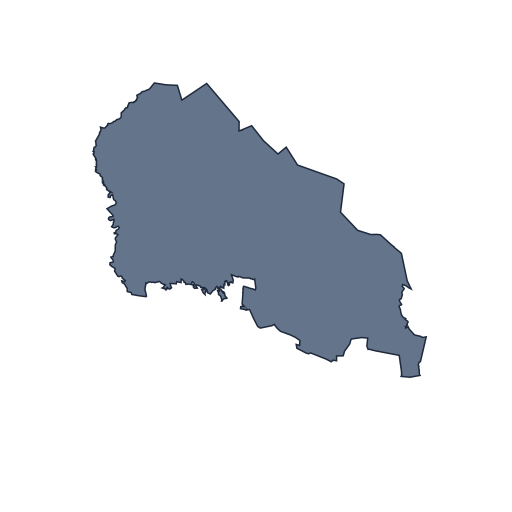 the district of Pinal de Amoles, Querétaro, Mexico, rotated 132°
{"feature_id": "50627088B68767100251382", "entity_name": "Pinal de Amoles", "entity_type": "district", "adm_level": 2, "iso_a3": "MEX", "parent_name": "Mexico", "parent_adm1": "Querétaro", "projection": "equal_earth", "projection_center": [-99.535, 21.167], "detail": "fine", "context": "isolated", "style": "filled", "palette": "slate", "viewbox_px": 512, "rotation_deg": 132, "n_neighbors": 0, "source": "geoboundaries", "source_scale": "gbopen_adm2", "svg_char_len": 6141}
<svg xmlns="http://www.w3.org/2000/svg" viewBox="0 0 512 512"><g transform="rotate(132 256 256)"><path d="M159.0,180.6L163.2,185.0L168.9,197.6L166.9,222.5L143.5,238.8L144.7,247.4L160.6,286.0L154.9,306.4L165.5,307.9L165.3,327.7L162.1,346.4L171.0,350.6L171.6,350.4L172.1,351.1L172.9,350.6L172.5,351.3L174.4,352.3L167.4,358.5L160.8,408.1L189.8,415.4L181.8,428.6L189.0,437.4L195.4,447.3L203.4,446.9L206.3,448.4L208.2,449.0L209.4,450.2L211.0,450.8L212.1,450.5L216.3,452.1L217.2,450.9L217.5,450.0L219.0,449.8L220.2,449.0L220.8,449.5L221.5,449.0L223.0,449.9L223.4,449.5L224.2,449.9L225.1,451.3L227.2,452.8L231.2,451.3L231.7,450.8L232.9,451.8L234.4,451.9L235.5,451.5L239.7,452.0L242.7,449.4L243.4,449.1L245.5,449.3L248.0,450.8L249.9,450.8L250.9,451.6L254.0,452.2L255.9,453.6L256.3,454.5L257.1,454.5L258.3,453.8L259.0,454.0L259.7,453.8L262.0,454.0L263.0,455.0L264.3,457.8L266.1,455.4L269.2,454.8L269.7,454.0L278.2,452.1L278.6,451.1L280.1,449.7L280.5,448.7L282.7,448.4L283.5,449.0L285.0,448.3L285.8,447.5L286.4,447.3L286.7,446.3L287.3,446.8L287.4,445.8L288.4,445.0L288.8,445.3L289.5,444.9L290.0,442.3L290.7,440.8L290.7,439.8L291.0,439.5L291.6,439.8L291.9,439.6L291.8,438.4L292.9,437.7L293.1,437.2L295.0,435.8L295.4,434.8L295.9,434.8L296.7,434.1L297.1,434.8L297.4,433.9L298.9,433.2L298.6,432.4L299.1,432.0L299.7,432.4L300.5,432.0L300.5,430.5L299.5,426.5L300.6,425.5L300.4,422.9L301.0,422.0L301.6,421.8L302.4,421.0L302.2,420.2L302.9,419.1L303.7,419.6L303.7,418.3L304.4,418.6L304.5,416.4L305.2,416.7L305.2,415.8L304.8,414.8L305.5,412.0L306.4,411.7L306.6,411.0L306.3,410.5L306.4,409.1L305.7,408.4L305.4,406.2L306.5,407.2L308.6,406.7L309.2,406.9L311.2,405.3L310.4,403.8L309.9,403.5L308.8,404.3L306.4,403.8L306.6,403.1L308.7,400.6L309.3,399.2L309.1,397.4L309.9,395.5L310.5,395.1L312.7,395.1L315.4,396.7L320.6,398.4L321.5,389.3L322.3,388.7L324.8,390.8L326.0,391.0L327.0,390.7L327.5,389.6L327.1,388.0L326.3,387.3L323.9,386.2L324.7,385.1L326.2,384.6L328.0,383.3L330.2,382.9L330.7,383.1L330.9,382.8L330.4,381.0L329.7,380.0L328.4,379.2L327.3,379.2L326.2,378.2L326.3,376.8L327.9,376.3L330.3,377.0L331.0,376.9L332.4,375.9L333.5,377.0L333.8,376.9L334.2,376.1L332.9,374.6L332.5,373.0L332.7,372.8L335.9,372.7L337.2,372.3L337.6,371.9L338.8,369.0L342.0,367.9L346.6,363.9L351.3,362.4L351.9,361.7L353.9,363.1L354.2,362.5L354.7,359.2L356.1,358.1L358.6,360.0L360.3,358.8L360.3,356.2L359.5,352.3L361.8,351.1L363.5,345.2L362.8,343.8L361.4,343.3L361.0,341.9L362.0,340.5L361.7,336.7L362.9,336.3L364.3,339.2L365.3,337.6L364.9,335.6L364.9,334.2L365.5,333.0L366.3,329.9L368.2,328.4L368.5,327.6L366.6,324.3L367.7,322.6L364.0,316.6L359.8,310.5L359.1,310.5L355.1,316.2L349.8,319.7L349.8,318.9L347.2,318.3L346.3,317.5L345.4,315.9L343.8,314.4L343.6,313.5L343.2,313.0L341.6,312.3L341.1,311.6L339.6,310.9L339.4,310.3L339.6,309.1L339.1,306.2L338.1,304.2L340.5,304.0L340.9,303.7L342.5,304.3L341.3,301.4L341.5,300.2L340.3,300.1L339.5,300.9L338.6,300.8L339.0,299.6L338.7,298.8L338.0,298.6L338.1,298.0L337.8,298.0L337.5,297.6L336.1,297.6L336.1,298.0L335.4,298.8L335.0,299.9L333.8,301.4L330.0,296.6L329.2,297.3L328.1,297.7L325.9,293.9L323.2,296.2L322.8,295.0L323.0,292.4L323.7,291.8L323.0,290.8L324.0,289.2L323.8,288.8L322.1,287.5L320.2,284.5L319.6,285.4L318.2,286.1L318.1,285.6L317.7,285.7L317.5,284.1L318.1,283.2L319.1,283.0L320.1,284.3L319.8,283.3L319.9,282.2L320.2,281.8L320.9,281.9L321.2,280.1L319.1,278.1L318.1,281.6L316.6,279.9L316.6,279.2L315.7,277.6L316.3,276.1L314.6,274.0L313.9,272.5L315.2,272.1L315.6,273.1L317.2,274.1L318.7,270.5L318.7,268.1L318.0,269.0L316.0,269.6L313.9,270.8L313.9,270.0L315.7,267.4L314.8,264.5L311.1,264.8L307.6,263.9L307.1,264.2L307.1,264.7L304.8,264.7L304.7,262.7L305.2,263.0L305.7,262.6L305.9,261.7L305.3,260.9L305.1,261.1L305.1,260.8L306.6,259.8L307.5,261.3L308.4,259.4L309.7,257.9L309.4,256.2L309.9,254.6L311.4,252.2L312.6,251.4L312.3,251.1L310.9,251.3L310.6,251.7L308.6,250.8L307.2,249.5L306.7,249.4L306.6,250.7L306.3,251.9L306.4,252.3L304.8,254.3L305.3,254.9L304.3,255.4L304.5,256.8L305.1,255.9L305.3,255.9L305.4,256.5L304.5,259.0L304.4,259.8L304.8,261.3L304.5,261.0L303.2,261.9L302.2,262.0L302.3,260.3L302.0,260.4L301.9,260.2L302.2,259.9L301.8,259.6L301.5,258.4L298.5,260.9L298.2,260.8L298.1,260.0L296.0,261.9L295.9,261.5L295.4,261.5L294.6,261.9L294.0,261.2L296.5,257.1L296.3,256.5L295.2,256.5L294.1,257.4L293.9,257.6L294.3,258.1L294.8,258.1L294.8,258.6L294.6,258.6L293.2,257.7L292.3,257.8L291.9,257.0L292.2,256.7L292.1,256.3L291.5,255.2L289.1,256.8L286.4,261.7L284.1,256.0L283.3,255.1L282.9,255.3L282.0,253.8L281.5,252.1L280.8,250.8L277.3,246.8L276.4,245.2L276.6,244.9L275.9,244.1L275.7,243.1L274.8,241.5L274.1,241.5L280.0,234.6L281.8,233.9L282.3,235.8L284.2,239.2L284.9,241.3L285.7,242.3L286.0,243.7L286.8,244.9L287.2,244.8L288.2,244.3L288.7,243.7L288.9,243.9L291.2,241.8L292.2,241.3L292.8,241.5L292.0,241.1L301.0,234.2L301.3,230.9L302.5,232.8L303.5,232.8L303.9,233.4L305.5,232.3L302.7,227.5L302.9,227.2L302.2,226.6L301.7,226.9L301.8,226.5L300.1,224.9L304.0,216.1L307.2,207.6L306.7,204.6L297.1,197.5L294.6,196.7L295.0,195.4L295.6,191.2L295.6,187.4L291.7,177.7L290.1,172.3L289.4,166.9L293.2,163.8L294.8,167.0L297.2,163.9L294.6,153.8L293.5,151.5L291.5,150.6L285.6,134.6L284.3,129.4L282.8,129.0L281.8,129.0L279.9,126.0L276.4,129.2L271.8,124.4L267.6,126.5L258.6,127.5L254.6,129.5L253.7,129.4L246.1,123.1L242.2,118.1L248.8,113.3L250.4,110.2L249.5,109.4L246.8,104.2L234.0,83.1L245.0,70.0L246.2,69.1L246.6,68.2L248.4,67.6L243.0,60.4L235.0,54.2L234.7,55.3L230.9,59.1L230.5,60.1L229.0,61.0L228.5,62.5L226.0,63.6L225.1,63.6L224.5,63.1L202.2,75.4L205.1,77.7L205.5,79.8L208.6,85.4L207.8,93.2L206.8,95.6L209.3,96.6L208.8,96.9L208.5,97.8L207.5,97.2L206.5,97.7L206.1,97.3L205.0,98.6L203.4,98.7L203.0,99.6L203.3,102.8L202.3,102.9L203.0,105.0L202.8,107.4L201.7,109.7L199.0,113.2L197.7,116.1L196.5,116.1L195.3,115.3L194.5,115.4L194.0,117.7L192.9,120.0L192.5,120.3L191.0,119.6L190.4,119.6L186.8,121.4L185.8,123.0L184.2,123.6L181.2,123.9L180.8,125.0L180.8,126.9L179.1,127.9L177.7,124.6L177.4,121.2L176.7,118.6L173.2,127.1L156.9,149.5L156.7,150.4L157.2,159.2L156.8,159.4L157.1,163.0L157.0,177.7L159.0,180.6Z" fill="#64748b" stroke="#1e293b" stroke-width="1.5"/></g></svg>